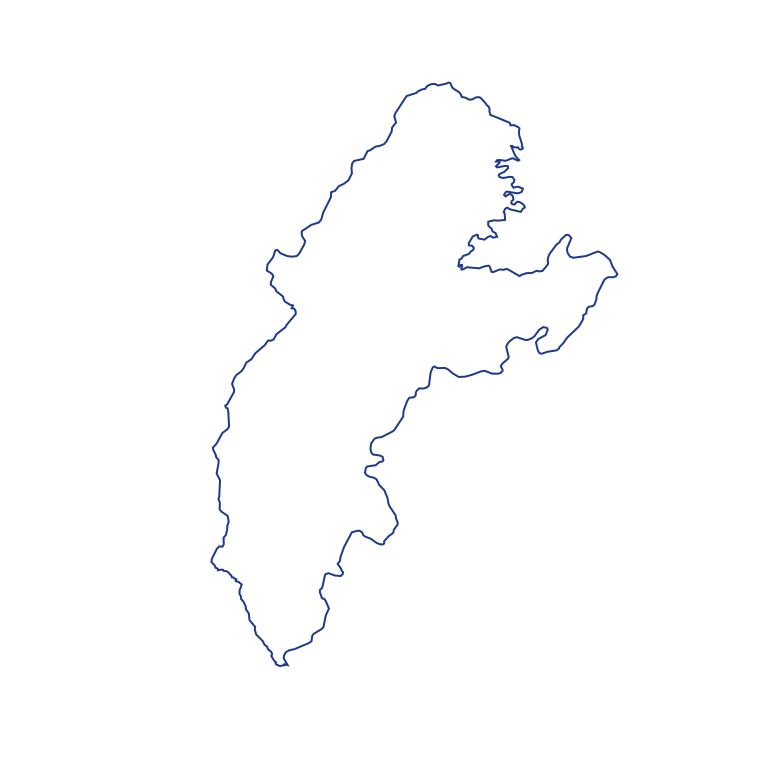 Qanya, Qacha's Nek, Lesotho, rotated 117°
{"feature_id": "5366337B93749016515077", "entity_name": "Qanya", "entity_type": "district", "adm_level": 2, "iso_a3": "LSO", "parent_name": "Lesotho", "parent_adm1": "Qacha's Nek", "projection": "mercator", "projection_center": [28.412, -30.083], "detail": "fine", "context": "isolated", "style": "outline", "palette": "blue", "viewbox_px": 768, "rotation_deg": 117, "n_neighbors": 0, "source": "geoboundaries", "source_scale": "gbopen_adm2", "svg_char_len": 6134}
<svg xmlns="http://www.w3.org/2000/svg" viewBox="0 0 768 768"><g transform="rotate(117 384 384)"><path d="M312.9,539.8L314.3,541.5L321.4,540.4L330.5,542.0L336.1,540.0L336.6,534.1L338.2,531.5L344.2,531.0L346.9,530.1L348.3,524.3L350.2,522.2L351.9,513.6L354.3,511.7L355.6,509.5L356.0,504.0L355.4,500.7L358.4,500.7L357.7,498.1L359.0,496.0L361.6,494.4L375.4,497.6L378.2,497.6L388.6,502.5L394.3,502.5L396.8,504.5L397.9,507.0L403.6,507.9L415.0,512.6L422.1,513.4L427.5,516.4L433.2,516.2L437.5,516.9L443.1,519.6L446.6,520.1L453.0,519.4L456.5,515.4L459.1,514.0L473.6,514.5L475.2,515.6L476.8,514.3L476.8,512.3L479.5,510.1L492.3,502.7L495.6,503.1L501.2,505.8L512.8,506.1L518.4,507.5L519.8,506.7L523.5,501.8L525.5,500.2L526.7,497.0L529.6,495.5L539.7,492.5L544.2,486.4L558.9,479.8L561.9,479.1L564.1,476.5L570.3,473.5L571.5,471.0L572.5,463.4L577.5,459.7L581.4,459.3L585.0,457.6L590.6,456.3L593.8,457.2L599.5,454.0L602.3,454.1L603.5,457.2L606.9,458.1L617.8,458.0L620.9,457.0L622.6,452.3L624.1,450.8L624.0,448.3L625.3,447.5L623.0,444.2L622.7,443.1L623.3,442.1L622.3,439.5L622.7,436.6L624.2,432.8L625.3,431.8L624.7,430.0L625.3,429.1L625.0,427.0L627.0,426.5L626.4,423.7L627.3,419.7L633.2,419.0L636.5,417.6L638.4,414.7L640.4,413.8L641.5,410.8L644.7,406.5L647.4,404.8L649.8,400.3L655.5,396.6L658.8,388.7L661.5,387.6L665.2,384.2L668.2,375.1L670.6,372.1L671.0,369.0L672.9,367.1L673.9,362.8L675.5,361.0L677.5,360.9L680.3,356.5L681.0,353.9L682.0,353.9L682.8,352.7L682.6,348.6L680.4,346.0L679.6,345.9L679.6,345.0L678.9,345.3L678.2,342.3L673.9,348.9L671.2,349.8L667.6,349.7L664.2,347.5L661.0,343.5L648.7,333.1L646.0,331.9L640.8,333.6L638.7,333.3L630.7,328.4L628.1,327.6L616.5,330.8L609.0,331.1L603.3,338.1L602.5,340.1L603.1,341.4L602.8,342.3L598.5,346.7L596.7,347.6L593.7,346.5L580.8,349.9L579.9,349.7L577.8,347.6L576.9,340.7L574.8,335.5L572.2,334.5L570.3,335.0L569.9,336.5L567.9,338.7L565.3,343.6L561.6,343.0L557.6,344.3L547.2,345.6L530.7,345.3L526.5,340.6L525.9,338.9L526.1,336.3L528.1,333.8L528.5,331.5L527.9,325.6L529.0,318.1L528.5,314.2L527.1,311.8L525.9,311.5L523.9,312.5L517.4,310.7L512.5,308.2L509.6,309.0L502.9,308.1L501.2,308.9L498.5,312.1L495.7,314.1L490.7,323.1L488.8,325.5L484.2,329.0L478.6,335.3L476.2,342.2L472.3,347.5L472.1,350.5L473.3,355.5L473.1,358.3L471.8,360.6L467.1,362.0L465.1,361.5L460.1,354.5L455.5,352.6L453.7,350.2L452.5,349.8L449.5,352.2L449.6,355.3L451.8,361.6L451.0,364.0L447.9,366.7L442.5,368.5L437.1,367.6L435.6,366.5L432.1,361.8L422.2,354.7L420.1,353.9L404.4,352.1L399.5,354.2L394.9,355.0L388.0,355.6L384.8,355.2L382.6,351.8L381.0,350.9L379.8,350.6L377.2,351.8L374.7,351.7L371.9,350.6L370.0,346.5L367.2,344.0L364.9,343.3L352.5,347.7L347.1,348.1L345.5,347.0L345.6,344.2L345.1,342.6L342.0,336.9L341.9,333.5L343.3,327.8L343.8,320.6L340.8,315.3L336.2,310.1L328.6,303.2L326.5,300.0L325.7,292.5L322.9,286.8L321.4,285.2L318.8,284.3L317.5,284.7L315.1,288.0L312.2,287.8L305.2,285.0L303.4,285.1L295.5,291.9L293.3,292.3L289.4,291.7L283.9,289.1L281.9,286.7L280.5,277.7L279.2,275.7L276.1,273.0L273.0,271.6L265.0,270.3L260.9,267.9L260.1,264.3L261.1,262.8L267.0,262.2L273.9,267.0L278.0,267.5L284.3,262.1L285.9,259.5L285.5,257.3L281.3,253.2L275.6,245.5L273.0,244.2L271.3,244.4L267.1,243.0L259.4,241.8L244.3,236.5L236.8,236.0L235.1,236.2L232.3,237.7L229.3,235.9L224.8,237.4L222.3,236.7L219.8,233.4L217.6,232.5L211.8,233.3L209.3,234.5L205.8,234.9L191.2,235.0L188.2,233.7L186.9,232.4L184.8,228.2L182.7,226.2L180.1,226.0L175.8,233.4L170.8,239.0L168.9,246.2L168.5,251.4L168.8,253.6L178.2,262.0L185.5,272.5L186.0,276.0L184.2,279.4L182.5,281.1L179.9,282.5L168.9,283.3L167.5,286.8L167.8,288.3L168.6,289.5L174.7,291.8L178.1,292.0L181.7,293.6L192.4,295.5L195.2,295.5L199.7,294.3L201.3,292.7L203.3,292.3L211.4,294.2L213.4,297.2L213.8,299.4L218.0,302.7L220.5,307.3L224.3,311.1L226.3,312.2L225.6,325.9L226.0,327.2L228.1,329.5L229.2,332.7L234.8,337.6L235.2,339.1L231.3,343.2L231.1,344.6L233.6,347.9L237.8,351.8L242.3,363.1L245.9,365.6L246.8,367.0L245.9,367.7L243.6,367.7L242.5,368.7L243.3,369.8L245.3,370.1L245.4,371.2L239.0,373.2L236.8,371.8L234.2,371.7L229.4,367.3L227.1,367.0L223.8,365.4L222.1,365.6L220.8,368.0L221.9,371.3L220.1,372.4L212.3,371.9L208.8,369.1L208.9,367.7L210.7,367.0L211.4,365.8L209.8,360.1L205.8,358.1L203.7,356.1L204.1,353.2L201.5,350.1L198.9,353.1L198.8,356.5L196.6,359.0L196.0,361.9L195.1,363.3L192.0,364.8L188.2,360.3L186.7,356.6L182.8,350.6L177.0,354.1L176.6,355.4L173.5,355.6L171.8,355.0L170.8,354.1L171.2,351.2L168.6,340.3L164.9,339.8L162.8,338.7L161.5,339.8L160.5,342.8L160.4,345.9L160.9,347.6L162.1,348.6L164.4,349.0L165.3,350.0L165.5,351.6L165.0,352.8L163.1,353.3L161.1,352.4L159.1,353.6L157.6,355.6L157.4,357.1L158.1,358.9L161.6,360.8L161.0,362.9L157.6,362.6L156.6,361.5L153.6,351.8L151.9,349.8L150.2,348.5L146.9,348.9L147.2,353.4L147.9,355.1L150.3,357.7L148.8,360.5L147.5,360.8L145.4,360.0L143.1,360.3L141.3,363.4L142.6,366.5L146.2,371.0L147.2,374.8L146.2,376.4L144.6,376.5L140.5,373.2L135.5,371.4L133.8,372.4L134.3,374.6L139.7,381.6L139.2,383.1L134.2,381.4L133.4,382.2L134.9,385.1L133.2,384.8L131.9,382.7L129.9,376.9L124.5,372.1L124.1,365.8L123.1,365.2L121.3,370.4L114.2,378.9L113.6,377.8L114.2,375.8L112.3,371.9L113.1,370.8L113.2,369.0L111.8,367.4L110.3,367.6L109.6,369.2L107.8,369.8L101.3,376.2L98.8,377.9L94.7,379.4L94.2,381.1L94.3,385.7L96.1,388.7L94.6,389.9L94.2,391.0L95.9,411.5L93.0,414.0L91.1,414.7L89.4,416.6L88.9,419.0L87.8,420.7L85.2,427.7L85.3,429.6L87.0,432.3L90.1,434.4L91.4,436.1L92.1,438.1L91.8,440.8L92.9,445.1L90.9,447.2L89.9,449.6L89.3,456.3L88.8,457.8L85.8,461.5L86.2,463.4L88.0,464.8L93.5,471.4L93.5,474.7L95.2,477.9L98.8,480.7L102.4,481.4L104.5,484.1L108.1,486.7L109.9,487.3L117.2,494.6L137.3,496.8L140.7,496.4L145.6,492.0L151.8,493.2L155.6,491.8L166.7,491.9L170.3,492.9L173.8,496.0L176.3,499.3L182.1,502.5L183.9,504.4L192.6,504.4L198.9,512.0L202.3,512.4L206.3,511.0L211.0,508.2L218.8,508.2L224.2,510.9L228.3,514.1L234.1,515.3L237.2,518.2L241.6,516.1L259.0,516.0L265.9,514.6L269.7,515.4L275.1,520.9L284.9,526.5L287.0,525.9L289.7,523.8L292.4,519.1L296.4,518.4L306.6,518.8L309.6,519.9L311.1,521.8L312.7,524.7L314.0,528.6L314.5,535.6L312.9,539.8Z" fill="none" stroke="#1e3a8a" stroke-width="2"/></g></svg>